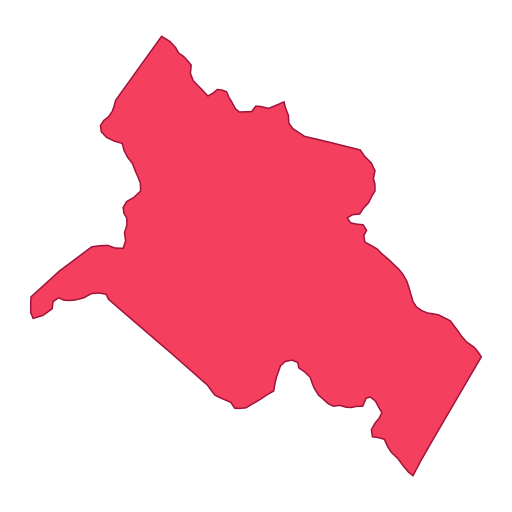 Tubarão, Santa Catarina, Brazil (Robinson projection)
{"feature_id": "56859067B23509848673749", "entity_name": "Tubarão", "entity_type": "district", "adm_level": 2, "iso_a3": "BRA", "parent_name": "Brazil", "parent_adm1": "Santa Catarina", "projection": "robinson", "projection_center": [-49.037, -28.479], "detail": "fine", "context": "isolated", "style": "filled", "palette": "rose", "viewbox_px": 512, "rotation_deg": 0, "n_neighbors": 0, "source": "geoboundaries", "source_scale": "gbopen_adm2", "svg_char_len": 2294}
<svg xmlns="http://www.w3.org/2000/svg" viewBox="0 0 512 512"><path d="M360.3,150.0L330.6,142.5L304.4,136.3L292.7,128.5L288.9,123.2L288.4,115.4L285.6,108.2L284.0,101.9L277.0,104.9L268.6,108.4L260.7,106.5L255.9,106.1L251.6,111.6L239.2,112.0L235.3,108.5L232.1,102.6L228.7,96.9L226.6,91.8L222.2,90.1L217.3,89.5L213.2,93.0L207.9,96.0L202.3,90.0L197.5,85.2L193.2,80.6L190.4,73.4L191.2,65.2L187.5,60.6L183.5,56.4L178.7,53.1L175.7,47.7L169.8,41.4L161.6,36.3L115.7,100.2L114.2,105.8L112.2,111.5L108.4,116.9L103.8,120.4L100.5,125.5L101.3,131.8L106.6,137.4L114.3,141.1L122.2,143.4L124.1,150.5L127.7,157.4L132.5,163.6L135.3,171.0L137.8,176.5L140.4,183.3L140.6,191.0L134.0,197.3L126.7,201.5L123.1,207.5L123.9,213.1L126.7,218.0L126.9,225.0L124.5,232.6L125.6,240.8L123.1,248.3L114.8,248.0L107.9,245.4L102.1,245.6L97.5,246.0L91.6,246.9L59.4,271.0L31.0,296.9L30.7,305.2L30.7,312.6L33.1,318.4L43.0,315.4L52.1,308.8L53.1,301.6L58.7,297.8L63.9,300.2L69.4,300.5L75.1,300.0L83.8,297.8L91.4,293.6L99.4,293.0L106.2,294.3L108.5,299.3L122.7,311.6L149.0,334.2L166.6,349.3L170.6,352.7L207.5,385.2L211.7,391.1L215.0,395.2L219.3,397.4L224.2,399.5L230.8,402.4L234.8,408.3L239.9,408.4L246.0,407.8L250.4,405.1L256.2,401.8L261.0,398.9L267.1,394.7L273.7,391.0L275.0,383.4L276.4,377.4L280.5,365.8L284.9,361.6L291.9,360.1L297.7,362.5L298.8,367.9L304.4,371.7L310.2,377.3L312.3,383.6L314.5,388.7L318.6,395.2L322.9,398.9L328.2,403.7L333.3,406.2L339.7,405.4L346.0,407.2L351.3,407.5L356.4,406.4L362.7,406.2L366.1,398.2L370.6,397.1L375.5,401.2L378.5,406.9L381.8,412.6L379.4,417.9L375.4,422.6L371.4,429.6L372.4,436.8L378.2,437.6L384.3,439.3L387.8,446.9L391.7,452.8L397.7,458.4L403.5,466.2L408.4,472.1L413.0,475.7L420.8,460.8L432.2,440.9L445.2,418.6L481.3,356.9L478.5,352.6L474.5,347.6L466.3,341.7L461.4,336.0L458.1,331.2L454.1,325.9L450.3,320.8L444.2,317.7L438.4,314.8L432.3,313.7L427.5,313.0L421.7,310.6L416.5,307.0L413.0,301.6L410.5,293.0L408.9,287.4L406.9,281.4L402.9,274.3L398.8,269.2L394.0,264.7L389.1,259.9L382.1,254.0L377.0,248.9L370.9,245.3L364.8,242.0L363.8,235.5L366.6,230.4L363.0,224.7L356.1,224.1L350.4,222.7L347.3,217.8L352.5,214.7L359.7,214.0L363.3,208.4L368.6,202.7L371.8,196.1L375.0,191.0L374.9,183.9L373.4,178.6L375.0,170.8L371.3,163.0L364.8,156.5L360.3,150.0Z" fill="#f43f5e" stroke="#9f1239" stroke-width="1.5"/></svg>